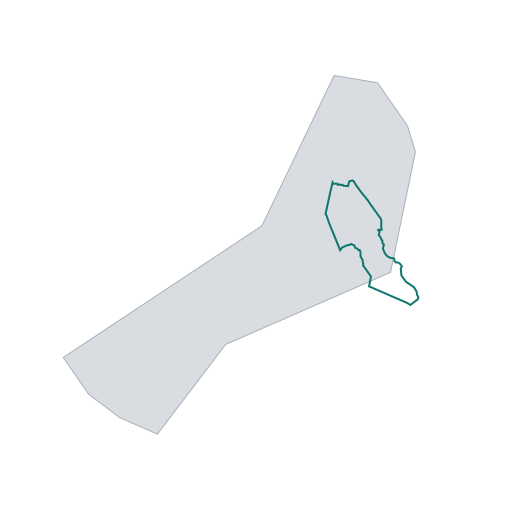 Santa Rita, Guam (highlighted), rotated 192°
{"feature_id": "77769853B26973637010941", "entity_name": "Santa Rita", "entity_type": "district", "adm_level": 2, "iso_a3": "GUM", "parent_name": "Guam", "parent_adm1": "", "projection": "albers", "projection_center": [144.67, 13.403], "detail": "fine", "context": "in_parent", "style": "outline", "palette": "teal", "viewbox_px": 512, "rotation_deg": 192, "n_neighbors": 0, "source": "geoboundaries", "source_scale": "gbopen_adm2", "svg_char_len": 1425}
<svg xmlns="http://www.w3.org/2000/svg" viewBox="0 0 512 512"><g transform="rotate(192 256 256)"><path d="M217.1,448.8L173.1,450.7L135.0,414.9L121.7,391.0L121.0,268.0L267.3,163.2L315.4,61.3L355.5,69.5L391.1,86.1L423.4,116.7L256.5,286.8L217.1,448.8Z" fill="#d9dde1" stroke="#a8b0b8" stroke-width="1"/><path d="M177.4,350.0L180.4,348.3L180.5,343.5L185.1,342.9L186.1,343.7L188.0,343.0L189.6,343.4L190.8,342.6L192.1,343.6L195.2,342.7L196.4,343.9L196.6,332.7L196.7,311.6L195.2,310.0L192.0,304.4L174.9,279.2L173.5,282.2L168.9,285.6L166.7,286.3L165.6,287.5L161.9,286.7L160.5,284.5L158.7,284.4L157.1,283.1L155.9,283.5L154.6,281.6L153.7,277.4L150.9,274.3L150.5,272.8L150.1,271.8L149.5,270.9L149.2,269.2L149.1,268.6L148.6,268.4L148.2,268.1L139.3,259.8L139.1,249.8L98.3,241.5L94.8,240.2L94.7,240.3L89.6,246.3L88.7,247.5L88.6,248.0L88.7,248.7L88.8,249.8L89.2,250.2L90.6,251.8L91.4,254.4L95.0,258.4L103.9,261.9L107.7,265.3L109.8,267.4L111.8,274.0L111.3,275.6L111.1,276.2L113.6,278.4L115.6,279.2L118.0,278.8L119.4,279.7L120.4,282.3L124.0,282.1L127.2,283.0L127.6,283.1L130.5,285.4L133.5,289.8L133.5,290.1L133.4,290.4L133.3,293.8L135.0,294.8L135.6,297.5L136.5,297.8L138.4,300.6L140.3,301.7L140.1,305.3L141.4,306.4L142.0,306.8L141.6,307.4L140.4,307.1L138.4,308.0L139.4,309.5L140.5,315.4L141.2,317.8L142.0,318.7L155.0,330.5L158.3,333.8L166.2,340.1L173.3,346.5L175.9,349.4L177.4,350.0Z" fill="none" stroke="#0f766e" stroke-width="2"/></g></svg>